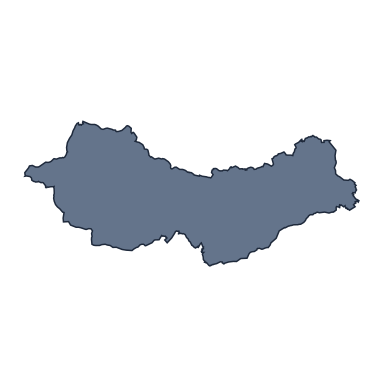 the district of Negrilesti, Bistrita-Nasaud, Romania, rotated 268°
{"feature_id": "2599482B55154264149060", "entity_name": "Negrilesti", "entity_type": "district", "adm_level": 2, "iso_a3": "ROU", "parent_name": "Romania", "parent_adm1": "Bistrita-Nasaud", "projection": "orthographic", "projection_center": [24.048, 47.317], "detail": "fine", "context": "isolated", "style": "filled", "palette": "slate", "viewbox_px": 384, "rotation_deg": 268, "n_neighbors": 0, "source": "geoboundaries", "source_scale": "gbopen_adm2", "svg_char_len": 6054}
<svg xmlns="http://www.w3.org/2000/svg" viewBox="0 0 384 384"><g transform="rotate(268 192 192)"><path d="M242.5,318.4L242.7,316.5L243.3,316.2L243.7,315.1L244.2,314.9L244.2,314.5L243.1,313.4L243.4,312.8L242.9,311.7L243.0,310.5L242.0,309.0L242.0,308.5L241.8,308.2L241.6,307.2L238.7,305.9L239.0,305.0L239.3,304.7L238.4,304.3L238.9,303.0L240.8,303.5L240.8,303.3L237.9,300.3L236.3,297.0L235.7,296.3L233.0,297.6L232.3,297.5L231.4,296.4L228.7,295.7L227.0,294.5L224.9,294.0L225.4,292.2L225.5,288.8L225.8,287.3L227.1,286.7L228.8,285.3L227.4,281.8L227.1,279.6L226.5,279.4L225.3,277.9L225.1,276.5L224.1,275.0L222.9,274.4L222.4,273.1L217.0,274.4L216.1,273.8L215.0,272.3L217.3,268.6L218.0,265.5L214.8,263.8L215.1,263.0L214.3,261.4L213.5,258.0L212.6,256.8L212.4,254.9L213.6,254.3L214.4,252.9L214.7,251.5L214.0,249.1L213.3,247.7L212.2,247.6L212.0,246.1L212.9,246.2L213.2,246.0L213.1,243.3L213.5,243.1L213.4,240.3L214.9,238.8L216.4,236.4L214.9,232.6L215.0,232.3L215.7,232.1L215.7,231.7L215.1,230.9L214.0,230.4L212.0,228.2L212.5,227.3L212.8,224.2L212.1,223.1L212.1,221.0L212.5,219.6L214.4,217.4L214.7,216.4L214.7,215.5L214.3,214.7L214.6,214.6L214.6,214.2L213.4,213.6L213.2,212.9L210.8,212.2L208.6,213.7L205.7,211.6L205.5,211.1L205.9,210.0L206.0,208.8L206.7,206.8L207.4,202.7L208.5,200.1L207.6,199.8L208.9,194.7L209.4,194.5L211.1,192.4L211.5,191.6L211.5,189.8L212.0,189.6L211.9,188.4L213.7,186.3L214.6,184.3L214.9,183.3L215.0,180.5L217.4,177.1L217.3,175.5L216.0,173.3L215.8,172.8L215.9,172.2L216.3,171.7L217.6,171.4L219.1,171.7L220.7,171.2L223.1,169.4L225.9,165.7L226.4,163.8L226.1,163.2L226.1,162.6L227.0,159.9L226.3,156.5L226.4,155.6L228.6,152.7L228.3,151.9L230.5,150.1L231.3,150.2L235.3,149.4L235.9,148.9L236.3,148.1L236.4,146.8L236.8,145.8L238.2,145.7L241.0,144.4L243.5,140.8L243.7,139.5L244.7,136.9L245.9,138.1L248.7,138.8L252.9,136.2L253.7,135.2L252.6,133.8L253.9,133.1L257.8,133.5L260.0,131.1L260.5,129.8L260.2,128.8L258.9,127.7L256.0,124.1L255.1,120.8L255.0,118.7L255.2,118.2L256.5,117.7L256.7,115.4L257.4,114.3L258.8,109.6L258.6,108.1L257.7,105.3L258.2,103.4L261.1,100.6L262.3,98.7L262.9,97.1L263.0,93.6L263.4,91.9L266.4,85.5L265.2,85.1L264.0,85.8L263.3,84.1L262.7,83.8L262.8,83.4L263.3,83.1L263.4,82.6L262.9,81.9L263.1,81.1L265.1,80.9L264.5,79.5L261.8,77.6L260.4,77.1L257.3,75.3L253.2,73.9L249.9,71.5L245.7,69.2L240.8,68.2L237.7,68.4L236.5,69.0L236.2,68.4L233.9,67.7L231.4,66.1L230.7,64.8L231.0,63.7L230.6,63.0L230.7,60.9L229.6,57.7L230.1,55.3L229.9,54.9L227.7,52.5L227.3,51.8L226.7,50.3L226.6,49.0L226.9,46.8L222.8,40.4L222.3,39.2L222.4,36.6L224.1,33.4L223.8,30.8L223.6,30.4L221.8,29.5L217.2,25.6L215.4,25.7L214.5,26.1L213.6,25.5L213.8,27.1L213.1,30.6L211.7,32.0L209.4,32.3L208.1,34.1L208.0,34.9L207.4,36.1L207.6,38.7L207.9,38.9L206.6,41.4L206.7,42.8L206.4,43.7L203.2,46.0L202.1,45.8L201.5,46.1L201.5,47.0L201.8,47.1L202.0,47.7L201.8,48.6L202.2,51.1L202.1,53.4L202.3,54.3L201.3,54.0L200.2,54.3L195.3,54.3L193.6,53.7L192.4,53.9L190.7,53.5L187.6,54.0L184.2,55.2L181.8,57.0L179.8,59.3L176.4,62.0L176.0,63.4L170.4,62.3L166.6,62.5L166.7,67.6L163.2,69.5L160.8,75.0L160.7,77.5L160.2,79.5L158.4,84.3L158.3,85.1L159.0,87.4L158.8,89.7L156.6,91.2L154.0,90.2L151.0,90.6L150.0,90.1L148.1,89.9L143.2,90.2L142.2,92.0L141.9,94.0L141.8,97.7L142.6,100.1L142.8,103.5L142.0,105.4L141.4,108.4L139.4,111.0L139.4,114.5L137.0,120.2L136.2,124.2L135.6,130.0L137.0,131.8L138.5,134.5L138.8,136.0L141.1,138.4L141.5,139.9L141.5,141.5L141.0,142.4L140.1,143.1L139.9,143.8L142.7,150.3L145.1,152.5L145.4,153.4L145.4,157.4L149.6,160.2L148.9,161.1L149.1,161.6L148.7,162.6L148.8,163.7L148.3,164.3L147.7,164.3L146.9,165.3L145.0,163.1L142.1,165.4L146.8,170.1L151.2,173.1L153.0,174.1L153.6,175.2L153.2,176.1L153.3,177.5L152.6,177.5L152.0,178.0L151.2,177.1L150.7,177.1L150.8,177.6L151.3,178.0L151.0,178.2L150.9,180.0L150.5,181.0L150.7,181.9L149.7,183.7L146.7,185.0L145.2,186.5L143.2,187.2L142.1,188.5L138.7,190.0L138.6,190.5L136.5,192.4L135.9,193.7L136.6,194.2L136.5,195.1L137.3,195.9L136.8,196.0L136.5,196.4L140.0,198.6L140.8,199.5L137.1,200.9L136.6,201.6L135.7,201.0L135.0,201.4L134.6,199.9L133.3,199.9L133.4,200.3L132.8,200.1L132.4,199.3L131.3,199.6L131.2,201.5L130.5,200.7L129.3,200.2L126.9,200.9L124.1,201.0L122.9,201.8L122.2,202.6L121.4,202.2L121.4,202.8L121.0,203.0L120.7,203.6L121.0,204.0L118.1,206.3L117.6,207.0L118.0,207.7L117.7,208.0L118.7,209.7L118.8,210.1L118.6,210.4L118.9,210.8L119.6,214.2L121.3,217.9L120.9,219.8L120.0,219.9L119.9,220.4L119.4,220.7L119.0,221.4L119.7,222.2L120.8,226.2L121.2,231.0L121.0,234.1L123.8,238.4L123.9,244.7L128.2,246.8L129.6,248.1L130.2,249.8L130.4,252.3L132.0,254.9L132.6,254.9L133.3,255.6L133.2,256.6L133.4,257.4L132.4,259.6L132.5,260.7L133.5,263.3L133.9,265.1L133.8,266.2L136.2,268.2L138.4,269.1L142.8,274.5L150.1,277.8L153.2,283.2L152.9,283.5L153.0,284.0L154.6,287.3L154.7,288.4L155.0,289.1L155.1,290.4L155.7,292.5L155.6,296.6L155.9,297.6L156.0,299.5L157.7,302.6L159.5,304.3L161.3,305.2L163.4,307.4L164.0,307.6L165.2,309.4L165.1,312.0L166.2,313.0L166.4,314.4L167.4,316.1L167.4,316.7L166.8,318.6L167.3,323.8L166.2,328.2L167.0,331.0L166.9,332.4L167.3,332.6L167.5,333.8L167.9,333.9L168.9,335.5L171.5,335.5L172.4,335.9L171.9,338.0L171.3,339.0L171.9,339.2L172.2,338.7L174.0,339.1L173.5,340.1L173.9,340.5L171.9,343.1L172.8,344.4L171.9,344.4L171.3,345.0L170.4,345.2L170.2,345.5L170.6,346.0L169.9,347.0L169.3,346.9L168.9,348.3L168.3,348.8L171.6,354.5L173.6,353.0L175.3,354.7L175.4,355.0L175.1,355.1L175.3,355.4L176.6,354.8L176.8,355.3L176.5,355.5L177.3,356.6L176.1,357.8L177.5,358.5L178.6,356.9L179.0,355.8L180.4,354.6L181.8,353.7L182.7,352.9L183.5,353.5L184.0,353.3L184.7,352.1L185.8,352.8L185.4,355.0L186.6,355.3L188.3,356.5L188.8,356.0L190.1,356.0L191.2,355.3L192.1,355.4L192.9,356.2L194.4,354.6L195.5,355.2L197.9,352.5L199.2,350.3L198.2,348.7L198.7,344.1L202.0,340.2L203.0,338.3L205.2,336.2L208.5,336.2L211.2,335.1L216.0,337.1L218.1,337.0L218.7,336.5L223.2,336.2L228.7,337.3L237.3,330.8L238.5,331.9L239.0,328.7L238.7,325.7L237.0,325.7L237.0,323.2L239.8,322.7L240.3,321.9L240.6,320.4L242.5,318.4Z" fill="#64748b" stroke="#1e293b" stroke-width="1.5"/></g></svg>